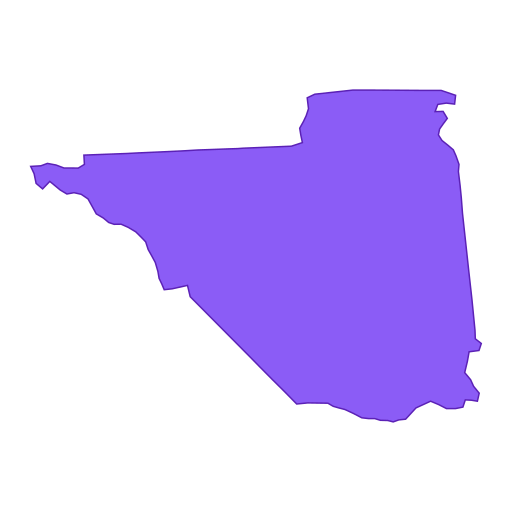 São Miguel do Oeste, Santa Catarina, Brazil (orthographic projection), rotated 180°
{"feature_id": "56859067B36403486213311", "entity_name": "São Miguel do Oeste", "entity_type": "district", "adm_level": 2, "iso_a3": "BRA", "parent_name": "Brazil", "parent_adm1": "Santa Catarina", "projection": "orthographic", "projection_center": [-53.501, -26.724], "detail": "fine", "context": "isolated", "style": "filled", "palette": "violet", "viewbox_px": 512, "rotation_deg": 180, "n_neighbors": 0, "source": "geoboundaries", "source_scale": "gbopen_adm2", "svg_char_len": 1582}
<svg xmlns="http://www.w3.org/2000/svg" viewBox="0 0 512 512"><g transform="rotate(180 256 256)"><path d="M56.4,416.7L70.9,421.6L76.6,421.6L91.1,421.6L119.5,421.8L139.7,421.9L159.3,421.9L197.2,417.8L204.8,414.2L203.5,403.3L205.8,396.3L208.5,390.6L212.3,383.8L211.2,377.0L209.6,369.4L220.7,365.8L268.9,363.8L274.5,363.4L283.7,363.1L302.8,362.4L314.2,362.0L329.4,361.1L350.7,360.1L373.6,359.1L385.2,358.5L428.1,356.9L427.6,347.6L433.8,343.9L441.2,344.0L448.0,344.0L456.0,347.0L464.6,348.6L471.1,346.2L481.3,345.6L477.9,338.3L475.9,328.6L469.4,323.1L462.2,330.6L451.8,322.0L445.1,318.0L438.0,319.3L430.8,317.7L424.0,313.1L419.9,305.7L415.7,298.1L408.7,294.0L403.3,289.5L397.9,287.7L390.9,287.8L384.1,284.8L376.3,280.2L370.7,274.7L366.3,270.1L363.8,262.4L360.3,256.2L356.7,249.5L354.1,240.6L352.9,233.6L350.2,228.0L347.8,222.3L339.8,223.2L324.5,226.6L321.8,215.3L262.2,155.3L252.0,144.9L239.6,132.4L227.7,120.6L215.3,108.0L204.2,109.1L184.1,108.8L178.8,105.7L172.9,104.0L167.1,102.5L158.9,98.7L150.2,94.2L143.2,93.4L137.2,93.4L131.6,91.7L124.2,91.5L118.8,90.1L113.2,92.1L106.4,92.8L96.0,104.1L81.4,110.8L73.3,107.4L65.5,103.4L56.6,103.4L49.1,104.9L46.7,112.1L40.7,111.8L34.6,110.8L32.8,118.8L38.4,125.7L41.4,132.3L47.3,139.4L44.6,150.7L42.9,160.2L33.0,161.5L30.7,168.5L36.7,173.2L37.0,181.6L40.0,212.0L43.3,241.6L49.5,298.7L50.7,314.3L51.9,326.4L53.6,340.5L53.0,347.6L56.0,356.1L58.7,362.2L64.0,366.7L70.0,371.5L73.6,377.1L72.4,383.0L68.8,388.1L64.7,393.6L68.9,400.6L76.9,400.4L74.2,407.6L65.7,408.9L57.4,407.9L56.4,416.7Z" fill="#8b5cf6" stroke="#5b21b6" stroke-width="1.5"/></g></svg>